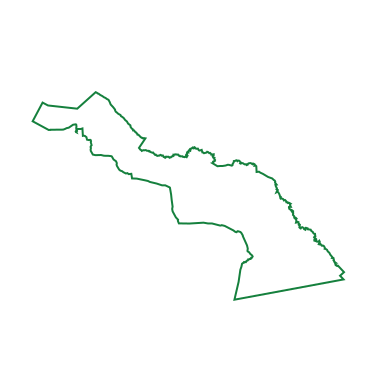 the district of Narok South, Rift Valley, Kenya, rotated 317°
{"feature_id": "3690345B7468975008705", "entity_name": "Narok South", "entity_type": "district", "adm_level": 2, "iso_a3": "KEN", "parent_name": "Kenya", "parent_adm1": "Rift Valley", "projection": "robinson", "projection_center": [35.805, -1.359], "detail": "fine", "context": "isolated", "style": "outline", "palette": "green", "viewbox_px": 384, "rotation_deg": 317, "n_neighbors": 0, "source": "geoboundaries", "source_scale": "gbopen_adm2", "svg_char_len": 6089}
<svg xmlns="http://www.w3.org/2000/svg" viewBox="0 0 384 384"><g transform="rotate(317 192 192)"><path d="M130.8,50.1L131.0,50.0L140.3,58.5L141.9,59.2L143.9,59.8L145.7,60.9L150.9,61.7L153.1,63.2L153.3,63.7L152.2,65.3L151.0,66.2L150.9,66.8L150.5,66.9L150.2,67.5L149.6,67.8L149.5,68.4L148.3,68.4L148.0,69.1L148.2,69.6L148.4,69.0L149.5,69.0L149.8,68.3L150.9,67.9L151.6,68.2L153.7,70.1L155.2,70.8L150.5,76.5L151.2,76.9L151.9,78.0L152.2,79.9L150.9,82.1L151.9,83.6L153.1,84.4L153.3,85.0L152.8,86.0L152.0,86.4L150.5,89.3L149.3,89.5L148.5,89.9L148.1,90.9L146.8,91.8L146.0,92.9L145.0,97.0L146.5,99.2L150.7,102.9L152.4,105.5L155.6,108.6L157.3,110.6L157.6,111.3L156.8,114.7L157.4,117.7L156.8,119.4L156.2,120.1L155.5,120.5L154.9,121.7L154.0,125.9L154.2,127.5L155.1,129.2L155.3,130.7L156.3,133.4L157.6,134.1L157.9,135.8L160.0,137.3L157.4,141.2L160.7,144.5L165.6,151.4L167.3,153.9L168.1,156.0L171.9,161.7L174.7,166.8L177.0,168.9L178.8,173.4L178.8,173.8L175.0,179.6L171.9,183.7L167.8,189.5L165.9,190.9L164.6,193.0L162.9,199.5L162.9,202.8L162.0,203.4L161.0,206.0L168.6,213.3L179.5,222.3L182.3,226.0L185.2,228.7L189.6,235.6L190.2,236.2L191.1,236.5L192.8,239.1L196.1,248.4L196.4,250.4L196.9,251.5L197.2,251.8L198.1,251.7L198.8,251.9L200.1,254.2L200.2,255.4L199.5,258.5L199.1,258.9L195.8,268.6L194.2,271.4L192.4,272.9L192.2,273.4L192.7,275.1L192.4,276.9L192.7,279.5L192.3,280.6L191.0,280.8L190.5,280.5L190.2,281.0L189.1,280.9L188.6,280.3L187.7,280.2L187.1,279.6L186.3,280.1L185.5,279.7L183.7,280.0L183.5,279.5L182.9,279.5L182.3,278.7L181.6,279.0L181.5,278.8L179.7,278.6L177.1,280.4L174.4,281.8L164.8,289.5L149.6,299.7L243.2,359.3L243.2,354.2L248.5,354.3L248.5,345.5L247.7,345.2L247.3,343.8L247.7,343.7L247.5,342.8L247.9,342.4L248.2,341.2L248.8,341.7L248.6,340.6L248.9,338.4L249.1,338.3L249.3,338.7L250.4,336.8L249.5,335.8L250.2,335.6L250.4,332.1L251.0,330.1L250.8,328.0L251.3,326.4L250.9,324.7L250.3,324.0L251.1,323.4L251.6,321.7L251.2,320.3L250.4,320.0L250.3,319.5L250.5,317.7L250.0,317.8L249.4,317.2L249.6,316.8L249.3,316.5L251.5,315.5L251.8,314.5L251.1,314.6L249.6,313.7L249.4,313.0L248.3,311.0L249.1,310.2L249.5,310.3L249.9,311.5L250.2,311.7L250.7,311.1L250.4,308.4L251.3,308.1L252.0,308.5L253.4,306.5L252.9,306.0L252.7,305.3L252.8,304.2L253.1,303.6L252.7,301.9L253.1,300.5L251.2,298.2L251.7,297.9L251.8,297.4L251.4,297.2L250.9,295.8L250.7,295.7L249.1,296.8L248.7,295.7L249.1,295.4L248.8,293.1L247.5,292.3L247.1,292.7L246.6,292.8L246.5,292.6L246.4,291.1L248.3,289.7L247.7,289.1L247.7,288.7L248.6,288.4L248.8,287.0L249.3,286.6L249.0,286.0L248.3,286.0L247.2,285.3L248.0,284.8L249.4,283.3L249.3,281.6L250.3,282.2L250.3,281.6L249.6,280.2L250.2,279.4L250.2,277.6L251.4,276.7L251.7,274.8L252.4,275.5L252.9,275.0L252.6,273.0L252.0,272.4L251.7,270.5L252.3,270.1L252.3,269.5L252.7,269.1L253.5,269.4L254.2,270.2L254.8,268.4L255.5,267.7L256.1,267.8L255.7,266.3L254.6,265.6L254.6,265.2L254.9,264.9L254.0,263.9L254.2,263.5L254.6,263.5L254.6,261.4L254.2,261.2L253.9,260.4L253.6,260.5L253.8,259.3L253.2,257.9L252.4,257.4L252.6,257.0L252.4,257.0L252.5,256.6L253.6,256.2L253.6,255.9L253.2,255.6L254.3,253.4L254.9,251.1L254.7,250.1L253.6,249.8L254.3,249.5L255.0,249.7L255.1,249.4L255.8,249.3L256.1,249.0L255.7,248.4L255.7,247.8L256.1,247.9L256.5,247.4L256.8,246.7L257.1,245.2L257.9,243.7L258.9,244.3L259.1,241.8L259.9,241.3L260.3,240.1L260.0,238.9L259.9,236.8L257.9,232.9L256.2,227.0L255.2,224.6L254.8,222.8L252.9,221.4L256.6,217.0L256.6,216.1L255.7,215.5L256.5,215.1L256.7,214.3L256.1,212.9L255.6,212.9L255.8,213.5L255.3,213.3L255.0,212.5L255.1,211.9L254.4,210.6L252.8,209.6L252.0,209.6L251.4,210.0L250.4,209.6L250.6,209.0L250.5,208.5L250.0,208.4L249.3,207.6L248.8,205.5L248.3,205.0L246.9,204.4L246.8,204.1L247.6,204.1L247.9,203.8L247.6,203.1L247.9,202.1L247.8,201.2L247.1,200.4L246.2,200.4L246.2,199.2L245.3,198.7L244.6,198.6L243.7,197.9L242.8,198.7L240.6,199.3L240.2,199.9L239.1,199.9L237.5,197.3L236.6,196.4L234.7,195.6L232.2,193.9L230.6,192.4L228.2,190.5L226.6,184.8L227.4,185.2L227.9,184.9L228.2,184.2L230.0,184.8L230.3,184.2L230.7,184.2L230.9,182.8L231.7,182.3L231.0,181.4L231.4,180.0L232.0,179.5L232.8,180.0L233.6,179.2L231.6,177.8L231.9,177.3L231.9,175.8L231.1,175.4L231.0,173.8L230.5,172.9L229.6,173.1L227.2,171.8L227.1,170.7L226.6,170.1L227.8,167.8L226.0,167.0L225.6,166.6L225.5,165.7L225.9,164.3L224.5,163.2L224.4,160.9L224.2,160.8L223.5,161.5L223.1,161.4L222.7,161.0L222.7,159.9L221.2,159.8L220.1,159.2L219.0,159.4L218.9,159.7L219.5,160.2L218.8,160.7L218.4,160.0L217.7,159.5L217.0,159.8L216.5,160.5L216.0,159.7L215.6,159.6L215.0,160.0L215.0,160.6L214.3,161.0L213.3,160.7L213.0,160.8L212.5,161.3L212.5,161.8L213.1,162.5L211.8,162.9L211.5,162.2L210.9,161.5L210.3,161.4L210.0,160.7L209.4,160.3L209.3,159.3L207.8,158.0L207.8,157.3L207.4,157.1L207.5,156.6L207.2,156.3L207.3,155.0L206.5,154.5L205.9,153.4L204.8,153.0L204.6,152.5L204.1,152.5L203.8,152.1L203.0,152.9L202.5,152.5L202.2,152.7L201.5,152.3L200.9,152.3L200.8,152.1L200.0,152.2L199.2,151.6L199.1,150.8L199.0,150.6L198.8,150.8L198.7,150.3L197.4,148.7L197.0,148.4L196.4,148.8L195.7,148.7L195.7,148.0L195.2,147.1L195.5,146.8L195.4,146.1L195.6,145.4L194.7,144.9L194.8,144.5L194.2,143.3L193.2,143.3L193.0,142.9L191.5,142.2L191.1,141.6L191.2,141.2L190.7,140.3L191.0,140.2L191.0,139.9L190.3,139.5L190.4,136.7L190.1,136.7L188.7,134.1L188.9,133.1L188.2,132.8L188.2,132.1L187.2,131.2L186.8,129.9L186.4,129.5L185.4,128.9L184.9,128.2L183.3,127.7L183.5,126.9L183.1,126.0L183.3,123.6L194.5,121.0L193.6,119.8L192.7,119.3L192.7,118.7L192.3,118.4L192.2,117.6L191.9,117.1L191.9,114.1L191.3,112.9L191.6,112.7L191.5,112.3L191.7,111.6L191.5,111.3L191.7,110.2L191.4,109.2L191.6,107.4L190.9,106.8L191.5,105.7L191.2,104.5L191.5,102.3L192.0,101.9L192.4,101.1L192.0,99.1L192.1,98.7L191.9,98.3L192.5,96.1L192.2,93.7L192.5,91.3L192.2,89.4L191.8,88.2L192.2,86.9L191.4,84.5L191.2,82.1L191.0,81.3L191.4,79.9L191.9,79.3L192.2,76.1L192.2,72.5L193.2,70.0L193.8,67.6L193.1,65.7L192.9,64.2L192.3,62.9L191.8,60.5L191.1,58.6L190.7,56.3L190.2,55.6L190.2,54.9L189.6,53.3L164.9,52.8L145.7,30.5L143.7,24.7L123.7,31.6L129.5,48.9L130.8,50.1Z" fill="none" stroke="#15803d" stroke-width="2"/></g></svg>